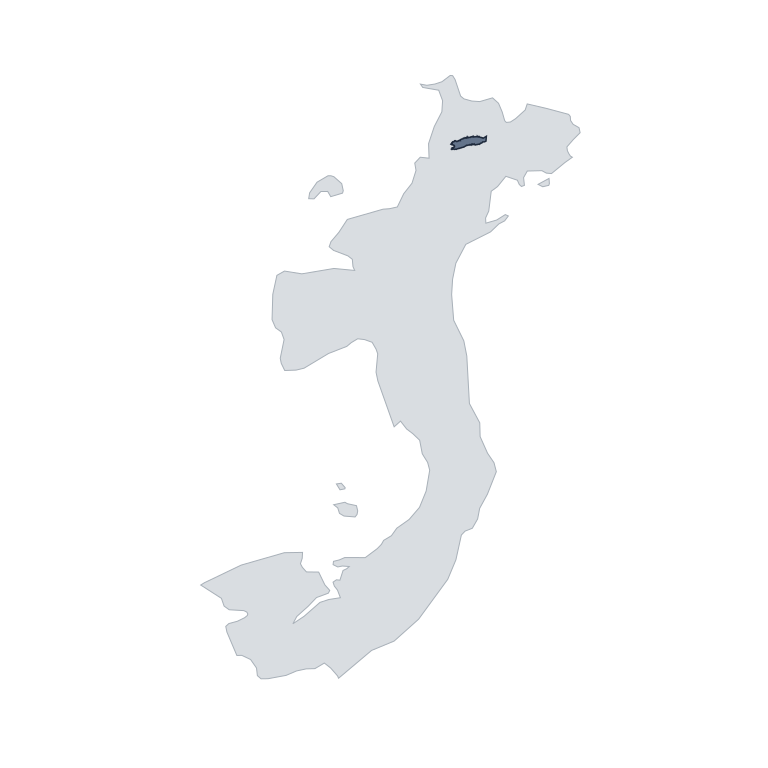 Dolega, Chiriquí, Panama (highlighted), rotated 104°
{"feature_id": "35544464B94814953668785", "entity_name": "Dolega", "entity_type": "district", "adm_level": 2, "iso_a3": "PAN", "parent_name": "Panama", "parent_adm1": "Chiriquí", "projection": "mercator", "projection_center": [-82.464, 8.626], "detail": "fine", "context": "in_parent", "style": "filled", "palette": "slate", "viewbox_px": 768, "rotation_deg": 104, "n_neighbors": 0, "source": "geoboundaries", "source_scale": "gbopen_adm2", "svg_char_len": 7324}
<svg xmlns="http://www.w3.org/2000/svg" viewBox="0 0 768 768"><g transform="rotate(104 384 384)"><path d="M680.5,356.9L678.5,358.4L672.5,367.0L669.2,374.4L676.9,382.2L679.2,390.5L683.6,399.5L690.4,408.5L698.0,425.2L699.8,432.0L697.6,436.3L690.4,439.0L683.6,446.8L681.7,456.4L683.0,461.1L662.7,476.4L657.5,478.9L654.0,476.6L649.7,468.9L644.5,462.7L641.7,460.6L640.1,460.5L638.5,461.9L637.8,465.2L640.5,479.6L638.2,485.4L631.3,489.9L623.4,513.2L620.3,510.2L594.3,478.8L571.8,439.9L567.1,422.3L572.9,421.2L578.6,421.6L581.6,418.9L585.1,413.8L582.3,401.9L593.2,392.8L597.4,386.7L600.4,387.4L607.5,397.8L618.0,403.8L630.7,412.4L638.7,414.4L628.7,405.3L611.4,393.3L606.5,385.5L601.9,374.6L595.2,379.3L592.1,383.3L588.6,385.5L585.5,382.8L585.0,379.3L574.8,378.6L572.2,375.4L569.5,373.6L570.7,380.4L572.7,384.6L571.6,389.7L568.3,390.1L565.5,384.8L561.9,380.1L557.0,360.2L545.5,350.8L540.2,347.7L535.8,346.5L529.4,340.1L520.8,336.7L509.3,326.8L495.1,319.7L477.7,317.2L456.6,318.8L449.5,322.7L444.7,327.7L442.4,330.0L429.9,335.8L425.2,344.1L422.2,351.1L416.0,359.0L423.1,363.8L382.5,390.7L374.4,394.6L356.2,397.4L352.0,400.2L346.4,405.6L345.6,413.6L346.5,420.5L351.8,425.8L356.5,429.2L367.8,445.2L388.0,465.4L391.8,472.7L394.9,483.6L388.8,488.7L384.1,490.9L365.0,491.7L358.4,496.1L355.7,502.8L348.6,508.2L323.9,513.6L304.5,514.2L298.5,507.9L297.0,490.4L284.0,460.5L280.9,439.9L277.6,442.5L270.7,444.9L268.4,450.0L266.6,465.2L264.1,470.4L258.7,469.9L247.8,464.5L233.2,459.4L214.6,427.2L212.6,421.1L209.0,413.9L194.6,410.9L182.4,405.4L169.0,404.6L162.2,407.6L155.2,403.7L154.0,394.9L140.0,398.9L122.0,397.5L105.9,393.7L94.9,395.7L85.7,402.0L86.9,418.1L84.2,421.2L83.8,414.7L80.6,407.1L76.7,400.9L68.6,394.4L68.2,392.0L71.4,388.7L86.1,379.3L88.0,375.4L88.2,367.2L86.8,359.4L80.1,347.9L83.9,340.8L91.5,335.1L99.3,330.6L100.6,328.6L99.2,324.7L94.7,320.5L84.0,313.3L77.6,312.8L77.3,292.1L77.7,270.1L79.3,268.0L83.2,266.7L86.3,263.3L88.1,256.8L92.7,254.5L101.1,259.5L109.7,263.9L113.3,262.5L115.9,260.3L117.8,258.2L118.4,256.1L125.3,262.0L139.3,272.4L140.1,277.5L138.8,282.4L142.7,296.5L150.0,298.5L157.3,295.8L159.1,298.4L157.7,301.0L154.0,303.9L153.0,316.0L165.0,321.6L171.0,326.6L190.9,324.2L198.3,325.6L203.3,324.1L197.7,314.4L190.3,307.3L190.9,304.0L196.5,306.4L200.9,311.3L210.6,317.4L228.7,338.4L249.4,343.5L265.7,342.8L280.9,340.0L305.3,331.8L322.8,317.0L336.9,310.4L382.3,296.4L398.5,281.7L405.3,279.8L411.8,278.0L426.1,266.8L433.8,258.2L441.9,253.8L465.9,257.0L481.5,261.1L492.3,260.5L502.6,263.4L507.1,269.7L511.8,272.4L537.2,271.7L558.1,274.9L603.8,293.5L631.0,312.0L645.5,331.6L680.5,356.9ZM222.4,501.9L216.5,502.4L204.4,497.8L195.5,488.7L194.8,485.8L195.0,482.8L199.8,473.5L206.3,470.3L208.8,470.4L215.1,481.0L210.8,485.2L212.5,491.8L221.3,496.7L222.4,501.9ZM515.4,398.9L513.3,403.6L508.2,393.3L509.0,390.6L508.7,381.3L513.5,378.8L517.1,378.6L520.0,379.9L521.8,390.9L520.3,395.9L515.4,398.9ZM154.2,277.7L153.0,282.8L144.6,273.6L149.6,272.0L151.4,272.2L154.2,277.7ZM497.3,401.1L492.5,406.0L490.6,401.4L494.0,396.6L495.2,396.6L497.3,401.1Z" fill="#d9dde1" stroke="#a8b0b8" stroke-width="1"/><path d="M118.9,344.6L121.6,347.3L121.6,347.5L121.3,348.0L121.3,348.3L121.4,348.5L121.2,348.9L121.3,349.4L121.4,349.6L121.4,349.9L121.4,350.1L121.4,350.3L121.2,350.6L121.2,350.8L121.1,351.0L121.3,351.3L121.2,351.4L121.3,351.5L121.3,352.0L121.5,352.2L121.5,352.4L121.4,352.4L121.5,352.5L121.4,352.7L121.2,353.0L121.3,353.1L121.2,353.3L121.3,353.4L121.2,353.5L121.3,353.5L121.5,353.8L121.6,354.0L121.7,354.3L121.8,354.3L121.9,354.5L121.9,354.9L121.9,355.0L122.0,355.1L122.2,355.5L122.3,356.2L122.4,356.3L122.5,356.4L122.5,356.5L122.4,356.6L122.6,356.6L122.4,356.7L122.4,356.9L122.3,357.0L122.3,357.3L122.3,357.5L122.5,357.7L122.4,357.8L122.5,357.9L122.4,358.0L122.6,358.2L122.6,358.3L122.7,358.5L122.8,358.4L122.8,358.6L122.9,358.8L123.1,359.0L123.2,359.4L123.3,359.4L123.7,359.6L123.6,359.9L123.6,360.0L123.8,360.3L123.9,360.5L124.0,360.5L124.1,360.9L124.2,361.0L124.4,361.3L124.4,361.5L124.4,361.9L124.4,362.1L124.2,362.3L124.4,362.3L124.3,362.5L124.5,362.6L124.8,362.8L124.8,363.0L124.7,363.1L124.8,363.1L124.8,363.3L125.0,363.6L125.2,363.8L125.3,363.8L125.3,364.0L125.4,363.9L125.4,364.1L125.5,364.1L125.5,364.4L125.7,364.5L125.7,364.9L125.7,365.0L125.8,365.1L125.8,365.4L126.0,365.5L126.2,365.9L126.2,366.1L126.4,366.1L126.4,366.3L126.4,366.5L126.5,366.5L126.8,366.5L126.9,366.8L127.1,366.9L127.1,367.0L127.3,367.2L127.4,367.6L127.6,367.7L127.7,367.8L127.7,368.1L128.0,368.3L128.3,368.5L128.2,368.7L128.3,368.8L128.5,368.9L128.8,368.9L128.8,369.0L128.9,369.3L129.1,369.3L129.2,369.5L129.3,369.4L129.3,369.5L129.7,369.9L129.9,370.2L129.9,370.4L130.0,370.5L130.0,370.8L130.3,371.0L130.4,370.9L130.5,371.1L130.5,371.3L130.9,371.7L131.0,371.7L131.1,371.9L131.2,372.2L131.2,372.3L131.0,372.6L130.8,372.9L130.7,373.1L130.7,373.3L130.9,373.5L130.8,373.9L130.7,374.0L130.8,374.2L131.0,374.2L131.2,374.4L131.5,374.3L131.8,374.5L132.0,374.9L132.2,375.0L132.3,375.2L132.2,375.4L132.1,375.5L132.2,375.8L132.3,375.9L132.5,376.0L133.2,376.1L133.2,376.4L133.3,376.5L133.6,376.3L134.0,376.1L134.2,376.5L134.3,376.5L134.4,376.4L134.6,376.5L134.8,377.0L135.1,377.1L135.1,376.8L135.1,376.7L135.5,376.0L135.5,375.6L135.2,375.4L135.2,375.0L135.2,374.8L135.6,374.1L135.6,373.9L135.5,373.6L135.8,373.3L136.1,373.3L136.2,373.2L136.4,373.1L136.5,373.4L137.0,373.1L137.6,373.4L138.3,375.0L138.7,374.8L138.9,374.8L139.1,374.8L139.2,375.1L139.4,375.1L139.5,375.2L139.7,375.3L139.8,375.4L139.9,375.2L139.6,374.8L139.7,374.7L139.9,374.7L139.8,374.4L139.7,374.3L139.5,374.2L139.2,374.0L139.2,373.6L139.2,373.2L139.4,372.9L139.4,372.5L139.3,372.3L139.1,372.0L138.9,371.7L138.9,371.0L138.9,370.7L138.6,370.3L138.4,370.2L138.1,369.8L137.9,369.5L137.9,369.4L137.8,369.2L137.7,368.9L137.5,368.6L137.4,368.5L137.3,368.3L137.1,368.2L137.2,367.9L137.0,367.5L136.5,367.0L136.4,366.7L136.3,366.3L136.2,366.2L135.9,366.1L135.7,365.7L135.6,365.4L135.5,365.1L135.3,364.9L135.2,364.6L135.0,364.4L134.9,364.1L134.7,364.0L134.7,363.7L134.0,363.1L133.8,363.0L133.7,362.9L133.6,362.7L133.4,362.4L133.2,362.2L132.8,362.1L132.7,361.6L132.5,361.4L132.3,361.4L132.3,360.8L132.1,360.6L132.1,360.4L131.8,360.2L131.7,359.8L131.6,359.7L131.5,359.4L131.6,359.2L131.3,359.0L131.2,358.8L131.2,358.7L131.2,358.4L131.0,358.5L130.9,358.5L130.9,358.4L131.0,358.2L130.9,358.1L130.8,357.9L130.6,357.6L130.5,357.4L130.5,357.1L130.7,356.9L130.3,356.8L130.4,356.7L130.5,356.8L130.4,356.6L130.5,356.5L130.4,356.4L130.3,356.5L130.2,356.6L130.1,356.4L130.3,356.3L130.3,356.2L130.2,356.2L130.3,356.0L130.2,355.9L130.0,355.7L129.9,355.7L130.1,355.3L129.9,354.9L129.7,354.9L129.8,354.5L129.7,354.5L129.4,354.4L129.5,354.3L129.8,354.1L129.7,353.8L129.8,353.7L129.7,353.5L129.7,353.4L129.8,353.3L129.7,353.0L129.8,352.9L129.7,352.8L129.6,352.6L129.4,352.3L129.3,352.2L129.3,351.9L129.2,351.9L129.1,351.5L129.0,351.4L128.9,351.2L128.7,350.8L128.7,350.7L128.6,350.4L128.2,349.8L128.2,349.5L128.3,349.4L128.2,349.3L128.1,349.2L127.8,349.1L127.7,349.0L127.7,348.9L127.3,348.8L127.2,348.7L126.9,348.4L126.9,348.2L126.7,348.0L126.6,347.6L126.4,347.5L126.3,347.3L126.2,347.2L125.9,347.1L125.6,346.9L125.3,346.9L125.2,346.7L125.1,346.4L125.0,346.2L124.9,345.5L124.8,345.4L124.6,344.9L124.3,344.5L124.1,344.3L124.0,344.2L123.8,343.9L123.7,343.8L118.9,344.6Z" fill="#64748b" stroke="#1e293b" stroke-width="1.5"/></g></svg>